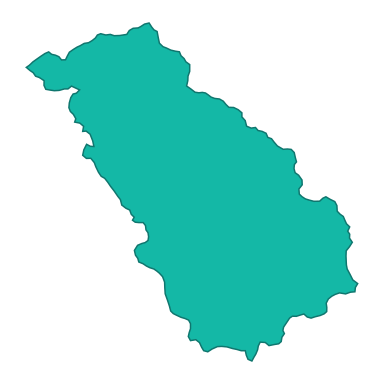 Carmo do Cajuru, Minas Gerais, Brazil
{"feature_id": "56859067B72173445763678", "entity_name": "Carmo do Cajuru", "entity_type": "district", "adm_level": 2, "iso_a3": "BRA", "parent_name": "Brazil", "parent_adm1": "Minas Gerais", "projection": "orthographic", "projection_center": [-44.71, -20.195], "detail": "fine", "context": "isolated", "style": "filled", "palette": "teal", "viewbox_px": 384, "rotation_deg": 0, "n_neighbors": 0, "source": "geoboundaries", "source_scale": "gbopen_adm2", "svg_char_len": 3182}
<svg xmlns="http://www.w3.org/2000/svg" viewBox="0 0 384 384"><path d="M184.1,58.6L181.0,55.7L179.4,51.8L175.4,51.2L170.8,50.1L166.4,48.0L163.0,46.7L159.4,43.2L158.2,37.4L157.1,31.5L154.0,29.9L151.8,27.2L149.1,23.0L144.5,24.1L141.0,26.4L138.2,27.9L133.1,28.3L129.3,30.5L126.8,34.4L119.8,35.5L114.2,35.7L110.3,34.4L105.8,35.0L100.7,33.7L97.4,35.0L95.4,38.0L92.1,40.6L88.6,42.7L84.2,43.4L80.2,45.7L77.1,47.1L73.4,49.4L69.4,52.2L67.4,55.9L65.5,59.8L61.5,59.9L58.9,56.7L55.5,55.2L51.6,54.3L48.7,51.9L45.0,53.5L40.5,56.5L36.8,59.1L32.9,61.9L29.3,65.3L26.3,67.4L30.0,70.5L33.2,72.7L35.6,76.2L39.3,77.5L44.1,80.7L44.0,85.4L45.8,89.3L50.3,90.1L54.3,90.7L59.2,90.4L64.5,88.9L68.0,88.9L71.5,86.1L76.6,88.5L79.6,89.9L76.4,93.2L73.1,94.0L70.8,97.6L69.3,102.9L68.9,107.7L70.4,111.5L73.4,114.4L75.8,118.7L74.7,122.1L79.8,123.1L83.6,126.3L82.7,131.4L86.1,131.1L90.1,134.2L92.7,140.8L93.9,146.5L90.4,146.3L86.6,144.3L83.8,149.9L82.7,155.3L86.4,158.4L90.8,158.3L94.3,162.6L95.8,166.7L98.5,172.3L101.2,176.3L104.7,178.3L107.7,182.1L110.6,186.4L114.1,190.9L117.8,196.3L120.4,199.6L121.8,205.1L126.0,208.3L129.7,210.0L131.3,214.4L134.2,217.2L132.5,220.2L135.2,222.2L139.0,222.6L143.2,222.6L145.5,225.6L146.0,229.9L148.0,232.7L148.6,236.8L148.0,240.5L145.1,242.6L141.8,243.5L137.6,245.3L134.4,250.4L135.5,255.2L137.8,258.4L138.8,262.0L143.0,263.7L146.4,266.0L149.8,267.7L153.9,269.0L156.9,271.1L159.4,273.2L162.6,276.7L164.6,282.1L164.8,287.5L165.2,293.8L167.5,300.2L169.4,306.0L170.7,311.0L173.3,313.6L176.3,315.1L181.0,317.3L185.0,318.5L188.6,320.1L190.5,323.7L190.5,328.7L189.2,332.6L188.3,336.5L190.5,340.6L195.8,339.7L199.5,342.6L201.6,347.2L203.7,350.7L207.8,351.8L212.1,349.0L217.4,346.6L221.7,346.4L227.0,346.9L232.4,348.5L237.1,349.5L241.1,350.7L245.3,350.7L246.3,355.2L248.0,359.3L251.9,361.0L254.0,357.1L255.8,354.1L257.6,349.8L258.3,345.9L260.2,342.1L265.3,342.5L269.0,345.6L274.4,344.5L278.7,343.8L281.2,341.6L281.9,337.3L284.4,333.6L282.9,330.5L283.6,327.1L286.6,322.6L289.6,318.1L292.4,316.2L296.4,316.3L300.5,315.0L303.9,314.0L307.2,317.0L311.1,318.1L315.0,316.8L320.2,315.5L324.2,313.8L326.7,311.6L326.8,307.5L326.2,303.2L328.4,298.9L331.8,296.2L335.2,294.4L339.5,292.9L345.6,293.9L350.4,292.2L354.9,291.8L355.4,287.4L357.7,283.6L352.8,279.9L350.1,274.5L347.2,269.1L346.4,265.0L346.2,261.1L346.0,256.1L346.2,250.8L349.5,246.7L352.3,242.3L349.5,238.1L349.7,234.2L347.7,231.2L349.7,226.9L346.5,223.8L344.9,220.3L343.3,216.5L340.1,214.2L337.2,211.2L336.9,205.6L334.8,201.6L330.1,199.3L325.9,196.8L322.9,198.2L319.6,201.2L313.8,201.3L308.9,200.0L305.4,198.9L302.0,196.7L299.3,194.1L298.9,189.0L302.2,184.8L302.0,180.0L298.6,175.2L295.1,172.7L294.0,168.5L294.4,164.5L296.5,161.9L295.4,157.9L294.2,152.5L291.2,149.4L287.5,149.0L283.2,149.3L277.4,146.0L274.0,142.0L271.5,138.7L267.8,137.4L266.1,133.3L262.2,131.4L258.0,130.5L255.5,127.5L251.2,128.1L246.6,126.2L245.2,120.6L241.9,116.9L241.9,112.8L238.2,109.7L233.7,107.5L228.8,107.3L225.9,104.4L223.3,101.2L219.5,99.0L214.6,98.4L211.1,97.1L208.1,94.8L205.5,93.0L202.3,92.4L198.9,92.8L195.0,92.2L190.9,89.0L186.6,86.0L187.8,80.7L188.0,76.2L189.7,71.4L189.7,64.6L185.9,61.8L184.1,58.6Z" fill="#14b8a6" stroke="#0f766e" stroke-width="1.5"/></svg>